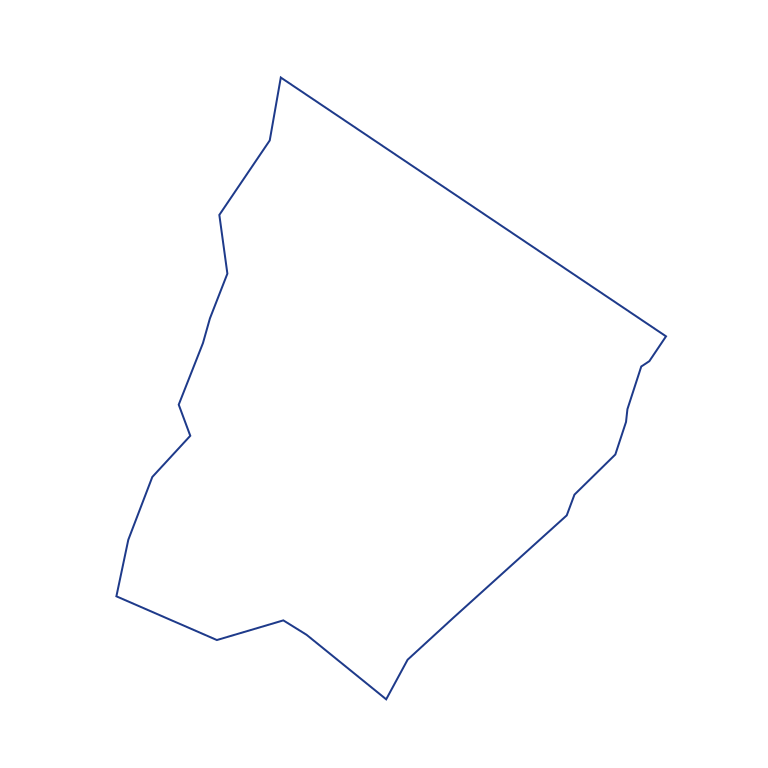 the district of Clarke, Virginia, United States of America, rotated 355°
{"feature_id": "52423323B97176580342978", "entity_name": "Clarke", "entity_type": "district", "adm_level": 2, "iso_a3": "USA", "parent_name": "United States of America", "parent_adm1": "Virginia", "projection": "natural_earth1", "projection_center": [-77.999, 39.122], "detail": "fine", "context": "isolated", "style": "outline", "palette": "blue", "viewbox_px": 768, "rotation_deg": 355, "n_neighbors": 0, "source": "geoboundaries", "source_scale": "gbopen_adm2", "svg_char_len": 498}
<svg xmlns="http://www.w3.org/2000/svg" viewBox="0 0 768 768"><g transform="rotate(355 384 384)"><path d="M307.9,69.7L291.4,131.4L234.7,201.2L237.6,260.4L216.3,303.5L207.2,327.5L177.7,386.7L186.5,418.7L145.1,456.4L115.7,516.9L98.9,572.2L195.2,624.5L263.1,610.7L285.0,627.1L358.7,698.3L383.5,660.7L433.0,622.7L554.6,530.8L564.1,510.8L608.3,474.4L621.8,442.9L624.3,430.3L639.1,395.4L641.8,389.0L650.3,384.4L669.1,361.1L308.5,70.2L307.9,69.7Z" fill="none" stroke="#1e3a8a" stroke-width="2"/></g></svg>